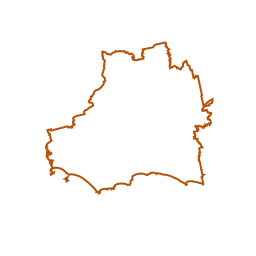 the district of Mid-Coast, New South Wales, Australia, rotated 68°
{"feature_id": "25037944B78442704405462", "entity_name": "Mid-Coast", "entity_type": "district", "adm_level": 2, "iso_a3": "AUS", "parent_name": "Australia", "parent_adm1": "New South Wales", "projection": "natural_earth1", "projection_center": [152.11, -32.076], "detail": "fine", "context": "isolated", "style": "outline", "palette": "amber", "viewbox_px": 256, "rotation_deg": 68, "n_neighbors": 0, "source": "geoboundaries", "source_scale": "gbopen_adm2", "svg_char_len": 5727}
<svg xmlns="http://www.w3.org/2000/svg" viewBox="0 0 256 256"><g transform="rotate(68 128 128)"><path d="M99.7,203.5L101.9,203.7L103.8,203.0L104.5,203.5L104.6,202.8L109.7,203.9L111.1,203.7L112.5,209.1L114.2,210.7L114.6,209.9L115.1,209.9L114.9,210.5L115.3,211.2L116.4,211.4L117.5,210.9L117.5,211.3L118.8,211.3L119.4,210.5L120.1,211.4L119.8,211.9L120.0,212.3L121.0,212.7L121.4,212.1L121.0,210.0L122.2,208.6L123.1,208.6L123.3,209.2L122.9,209.9L123.2,210.1L122.7,210.6L123.1,211.3L121.8,212.3L122.5,213.2L123.6,213.0L123.5,213.6L122.8,213.7L124.2,214.1L125.4,213.9L126.1,213.3L127.3,213.6L128.3,212.9L129.1,212.9L129.0,211.6L129.8,210.4L129.8,209.8L130.0,209.7L130.6,210.9L131.8,211.5L130.6,212.2L130.7,213.1L131.1,213.5L130.8,213.6L132.0,213.6L132.7,212.4L134.1,213.2L135.8,212.6L136.8,213.2L138.0,215.7L139.5,215.8L139.9,215.0L138.0,214.8L137.4,213.5L137.5,210.8L138.4,208.3L140.6,205.4L142.5,203.8L146.2,201.9L146.8,202.1L147.0,201.4L148.6,200.8L150.7,195.8L154.4,191.3L157.7,188.7L164.0,185.1L170.9,182.0L175.0,180.8L175.5,181.2L175.7,180.1L177.8,179.6L177.6,178.2L176.7,178.3L176.3,177.7L175.9,177.9L175.5,177.5L175.1,174.7L175.9,171.8L176.4,170.8L177.1,170.6L177.1,169.6L176.7,169.4L177.2,167.3L177.9,166.3L178.4,166.3L178.0,165.5L179.2,164.3L178.6,163.3L177.9,163.7L177.5,163.5L176.7,162.2L176.8,161.8L176.0,161.1L176.0,158.7L176.4,156.6L177.5,153.7L179.2,151.0L180.9,149.5L180.8,148.5L181.4,147.6L180.2,146.4L178.3,145.6L178.0,144.7L177.6,144.6L177.5,143.0L174.9,142.4L174.3,141.5L174.0,137.7L174.8,133.7L176.4,130.5L178.4,128.6L178.8,127.7L178.3,126.7L178.9,125.5L178.1,123.8L178.8,121.3L180.4,119.1L181.3,118.7L180.9,117.9L182.5,115.0L184.4,112.8L185.8,109.9L188.9,106.1L195.3,100.1L196.4,99.9L198.0,98.2L201.5,95.7L202.6,95.6L202.3,94.7L201.3,95.2L200.4,94.2L200.1,92.5L200.5,90.5L201.5,88.3L203.7,84.9L207.5,79.9L208.5,79.5L208.3,79.1L201.8,78.1L200.4,78.6L201.5,77.6L200.0,76.4L199.8,75.3L198.8,76.5L194.8,75.8L194.5,75.4L194.1,75.7L188.1,74.4L185.7,74.1L185.0,74.2L184.9,74.6L184.3,74.5L184.3,74.0L182.2,73.6L182.2,73.3L181.1,73.1L181.2,72.7L179.9,72.4L180.0,71.6L177.5,71.1L177.6,70.3L173.6,69.7L173.3,69.1L173.7,66.4L172.3,66.9L171.1,66.6L170.4,67.1L169.4,66.8L168.9,67.8L167.7,67.5L167.1,67.9L167.0,68.4L166.4,68.6L164.2,67.6L164.1,68.7L162.9,69.4L162.7,70.7L161.0,70.3L161.3,69.0L160.2,68.8L160.3,68.4L159.9,68.2L158.5,68.1L157.5,68.7L156.5,68.4L156.2,68.2L156.9,64.7L155.8,64.5L156.0,63.4L154.5,63.2L154.2,64.4L153.1,64.2L151.8,65.0L151.4,64.6L151.9,64.4L151.8,63.9L152.4,62.8L152.4,61.4L153.1,61.2L153.8,60.2L153.7,59.6L154.6,58.8L155.5,58.9L156.1,57.8L155.1,57.5L155.4,57.0L154.8,56.7L155.3,56.4L155.3,55.2L154.2,54.9L155.3,54.3L154.1,52.7L154.6,51.9L155.6,51.4L155.2,51.1L155.4,50.6L154.1,50.6L154.4,49.3L152.9,48.8L151.1,48.9L150.0,50.5L149.2,49.8L148.3,50.5L148.0,50.1L148.3,49.6L147.4,48.1L147.1,48.1L147.1,47.0L146.5,46.0L145.2,45.3L144.9,45.7L145.1,45.9L144.8,46.8L144.1,47.7L143.7,47.5L143.3,48.3L141.0,48.1L140.8,49.0L140.5,49.1L140.9,49.7L140.1,51.2L140.5,51.8L139.6,52.7L138.8,52.5L137.9,50.9L136.5,49.8L136.9,48.3L137.0,45.8L137.6,44.6L137.5,44.1L136.6,43.8L136.2,43.2L136.3,41.0L134.7,39.4L133.7,39.5L132.9,39.0L133.7,44.2L134.3,44.7L134.4,45.8L135.0,47.1L134.8,49.5L125.8,48.1L125.6,47.2L106.0,43.8L105.7,44.5L106.3,44.8L105.6,45.4L105.9,45.4L105.8,45.9L106.2,46.2L105.7,47.2L106.7,48.1L106.3,48.5L98.1,47.0L97.9,48.4L93.3,47.8L91.8,49.2L88.6,48.7L88.5,49.3L87.7,49.1L88.0,50.0L87.7,50.5L88.4,51.4L88.2,52.1L88.9,52.9L91.5,53.8L91.7,55.4L92.2,56.2L93.1,56.6L93.3,57.5L91.1,59.1L90.9,60.1L90.2,59.8L88.1,61.4L87.9,62.8L88.3,64.7L88.0,64.7L87.7,65.9L88.1,66.5L86.1,66.2L85.3,65.1L84.6,64.9L84.3,65.2L83.0,64.0L82.8,64.5L81.7,64.0L81.5,64.4L80.5,64.3L80.2,63.8L80.6,63.2L79.5,62.4L78.6,63.0L76.6,63.0L76.8,62.3L76.1,61.5L75.5,62.1L74.8,61.9L75.2,62.7L74.3,62.6L73.9,63.3L72.9,62.1L71.2,62.3L71.1,61.5L70.2,61.0L70.2,60.5L68.2,61.8L67.4,61.5L66.6,62.5L65.6,62.0L65.2,61.3L64.5,61.2L64.4,61.7L62.7,61.0L62.7,60.6L61.4,69.5L61.0,70.3L61.3,72.9L62.6,74.4L60.6,84.9L62.0,85.4L62.2,85.1L62.6,85.8L63.3,85.8L63.1,86.0L64.8,87.5L65.2,87.2L66.4,87.9L67.2,87.2L68.1,87.7L68.3,87.1L69.4,87.8L68.9,91.5L68.4,92.0L68.7,92.4L68.4,94.5L68.0,95.5L67.5,95.8L67.5,96.9L65.9,97.9L64.5,97.6L65.2,97.1L65.1,96.2L64.7,95.9L64.2,96.3L62.7,95.6L60.5,96.7L60.0,97.3L60.4,98.4L60.2,98.8L58.9,99.9L57.9,99.9L57.2,100.8L57.6,101.5L57.0,102.2L55.1,102.8L55.1,104.3L53.6,106.5L53.0,109.5L52.0,110.6L52.8,111.9L52.5,113.6L53.5,116.8L52.2,118.1L52.2,118.7L51.6,118.9L51.6,119.7L49.6,120.4L47.5,123.1L47.9,123.6L48.7,123.3L50.0,124.1L50.7,124.0L51.6,124.9L52.4,124.5L53.5,124.6L54.7,125.3L56.4,124.3L57.4,124.4L59.4,126.0L60.6,126.2L61.1,127.0L63.9,127.7L65.1,129.1L66.6,129.8L67.3,130.8L69.5,132.2L71.2,131.8L72.7,130.8L75.7,131.4L76.2,132.1L75.9,133.2L78.1,134.0L80.4,138.0L80.5,139.0L81.2,140.1L81.0,140.8L81.4,142.1L81.0,143.1L81.2,144.6L81.9,145.8L83.8,147.3L84.2,148.5L85.2,149.4L85.0,150.7L86.1,150.9L86.5,151.6L87.5,151.8L87.6,152.9L88.6,154.5L90.0,154.3L90.7,152.9L90.7,152.2L92.9,151.5L94.1,151.9L95.0,157.6L95.7,159.1L95.5,161.3L96.4,162.6L98.8,163.0L97.5,172.1L98.0,174.9L99.1,175.4L100.6,175.0L101.1,175.4L101.0,176.0L101.4,176.7L103.0,177.2L103.5,176.5L104.8,176.1L105.2,179.3L106.6,179.4L106.7,180.2L105.2,181.4L105.5,182.1L105.0,183.3L104.3,183.1L103.7,183.9L101.6,200.2L100.3,200.0L99.7,203.5ZM153.6,204.0L152.1,203.2L151.7,203.4L151.0,202.6L151.2,204.0L151.9,204.2L151.9,204.9L151.7,205.2L151.7,205.3L152.1,204.8L152.5,205.5L152.1,204.2L152.7,204.6L153.3,204.4L153.6,204.0ZM141.5,213.3L141.7,214.6L142.2,213.8L141.5,213.3ZM153.9,204.2L154.2,205.0L154.5,205.0L154.5,204.3L154.2,204.4L154.1,203.9L153.9,204.2ZM142.3,216.3L141.9,216.9L142.5,217.0L142.3,216.3Z" fill="none" stroke="#b45309" stroke-width="2"/></g></svg>